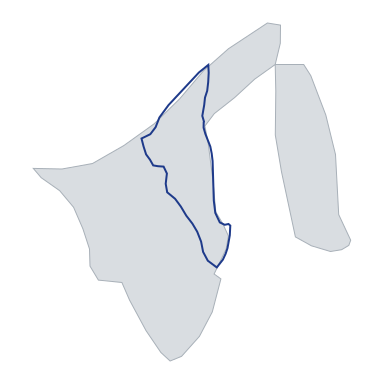 Tutong highlighted on a map of Brunei
{"feature_id": "BRN-1184", "entity_name": "Tutong", "entity_type": "District", "adm_level": 1, "iso_a3": "BRN", "parent_name": "Brunei", "parent_adm1": "", "projection": "equal_earth", "projection_center": [114.706, 4.599], "detail": "fine", "context": "in_parent", "style": "outline", "palette": "blue", "viewbox_px": 384, "rotation_deg": 0, "n_neighbors": 0, "source": "natural_earth", "source_scale": "10m", "svg_char_len": 1443}
<svg xmlns="http://www.w3.org/2000/svg" viewBox="0 0 384 384"><path d="M275.2,64.5L254.6,79.2L234.5,97.7L214.3,113.6L204.9,126.0L208.2,143.5L213.1,181.9L215.8,212.0L222.9,223.9L228.4,236.0L226.1,249.1L214.1,274.0L220.9,278.9L212.3,311.9L199.4,336.4L181.6,356.3L170.1,361.0L160.9,352.5L146.0,330.6L129.6,300.2L121.9,282.5L98.4,280.1L90.0,266.1L89.5,249.0L82.9,228.8L73.6,207.3L59.7,190.7L41.2,177.7L33.3,168.4L62.0,169.0L92.5,163.5L123.9,145.5L154.2,123.8L179.6,98.9L203.4,70.9L228.5,48.7L267.4,23.0L280.5,25.1L280.3,43.3L275.2,64.5ZM303.7,64.5L310.8,75.7L325.8,115.0L335.5,154.5L338.7,214.6L350.7,240.2L348.8,245.4L341.6,249.7L330.5,251.5L311.4,245.8L295.4,236.9L281.5,171.8L275.3,135.0L275.8,91.1L275.2,64.5L303.7,64.5Z" fill="#d9dde1" stroke="#a8b0b8" stroke-width="1"/><path d="M204.0,121.8L203.7,122.2L203.6,127.7L205.4,134.0L210.3,146.5L211.7,153.5L212.6,161.0L213.8,200.6L215.3,212.9L219.8,222.4L224.7,224.8L228.5,224.0L230.3,225.6L229.8,235.3L227.5,248.1L225.6,253.8L222.9,259.6L216.8,267.4L216.2,267.0L207.8,260.7L203.1,251.9L201.1,241.6L197.2,231.7L192.4,223.6L186.3,215.7L180.8,206.5L175.1,198.8L167.2,192.3L165.7,183.8L166.9,173.5L163.6,166.6L157.9,166.2L153.2,165.4L150.0,159.7L146.1,154.4L143.6,146.6L141.5,138.5L150.3,134.2L155.6,127.2L159.4,117.5L168.5,105.1L198.9,72.5L208.3,64.9L208.7,72.8L208.2,82.1L207.2,90.8L205.0,97.6L204.2,105.0L202.3,115.9L204.0,121.7L204.0,121.8Z" fill="none" stroke="#1e3a8a" stroke-width="2"/></svg>